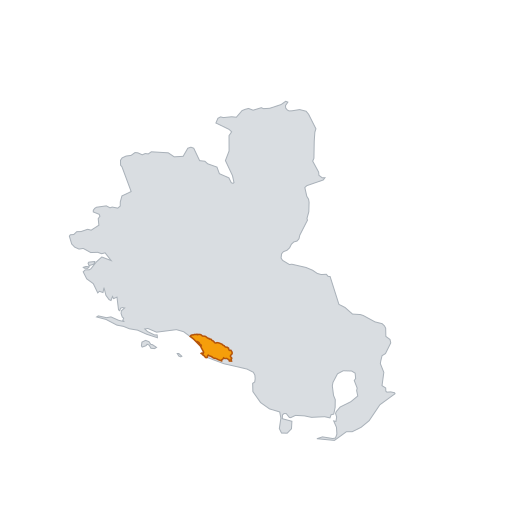 Venezuela, with Miranda highlighted, rotated 202°
{"feature_id": "VEN-47", "entity_name": "Miranda", "entity_type": "State", "adm_level": 1, "iso_a3": "VEN", "parent_name": "Venezuela", "parent_adm1": "", "projection": "albers", "projection_center": [-66.423, 10.291], "detail": "fine", "context": "in_parent", "style": "filled", "palette": "amber", "viewbox_px": 512, "rotation_deg": 202, "n_neighbors": 0, "source": "natural_earth", "source_scale": "10m", "svg_char_len": 6500}
<svg xmlns="http://www.w3.org/2000/svg" viewBox="0 0 512 512"><g transform="rotate(202 256 256)"><path d="M431.4,198.1L436.5,204.5L436.1,206.1L433.0,207.7L431.3,211.4L427.4,213.1L422.1,217.7L418.5,218.2L413.2,225.7L416.3,231.5L415.6,234.4L417.0,235.9L423.4,235.9L424.0,237.5L423.3,239.9L422.1,241.5L413.6,246.4L409.4,246.0L407.7,247.5L402.1,248.6L400.6,251.5L402.1,255.3L402.8,261.5L395.9,269.0L413.7,288.5L415.6,289.5L417.5,294.0L416.9,296.8L413.9,300.0L409.5,302.5L406.9,306.6L404.2,307.4L399.4,307.2L397.1,309.5L394.1,310.3L392.1,313.4L376.0,318.8L369.0,317.3L360.9,321.1L359.6,330.4L357.1,332.5L354.1,332.6L344.0,323.3L338.9,324.7L335.4,323.4L325.5,323.8L320.8,318.6L310.4,318.3L306.4,314.7L304.6,314.7L303.9,315.8L307.9,321.7L320.1,333.0L320.3,343.3L326.1,357.5L325.1,362.0L328.4,363.3L343.0,364.3L342.9,369.4L341.0,371.7L338.1,372.1L330.7,376.0L326.2,377.3L323.4,385.6L320.9,388.0L318.2,390.0L313.3,390.1L306.6,395.5L304.3,395.4L298.6,398.1L289.5,405.8L286.4,410.6L284.1,410.6L285.0,406.5L283.9,404.3L281.7,403.1L279.7,402.9L277.2,404.0L270.4,408.1L263.8,409.0L260.3,407.1L248.1,396.4L247.8,392.8L245.0,384.2L238.9,368.3L239.0,365.2L229.3,357.2L227.9,354.4L223.9,353.3L221.4,354.4L222.1,351.7L235.2,340.3L236.4,337.8L231.3,330.4L228.5,328.3L226.9,325.7L223.6,316.8L222.8,309.9L221.7,308.5L223.2,291.7L222.6,288.0L223.6,285.2L226.2,283.2L227.6,280.2L227.9,276.2L229.4,272.9L232.2,270.3L233.1,267.7L232.0,263.5L229.7,261.9L221.8,260.6L219.7,261.8L205.3,264.1L198.2,264.0L192.8,262.8L188.7,263.2L183.9,265.4L181.5,264.1L179.6,264.7L161.0,242.2L154.1,241.6L144.8,238.3L137.3,240.8L134.2,241.0L121.0,239.5L113.7,240.5L110.7,239.3L108.7,237.6L105.5,230.1L100.5,228.8L98.5,225.9L99.4,214.0L101.8,210.8L101.0,205.4L100.4,202.8L93.9,196.0L90.6,183.0L86.3,182.2L85.0,179.3L83.7,178.8L80.1,180.5L76.3,181.1L75.5,180.4L85.4,164.5L89.4,145.7L94.4,136.5L101.0,129.1L106.3,127.0L114.2,114.4L131.1,109.4L126.6,113.2L116.5,115.5L114.1,117.0L114.3,121.2L117.2,127.3L122.2,132.2L119.9,132.6L120.9,136.9L123.3,139.9L123.3,141.8L121.4,147.5L113.5,156.4L109.2,164.3L112.3,169.0L112.7,171.4L118.3,177.4L117.7,179.7L120.2,184.5L124.2,185.2L132.1,182.3L136.3,177.3L137.3,167.7L136.6,164.2L131.9,155.8L128.7,152.5L125.9,145.2L124.7,138.5L126.9,137.0L126.8,133.6L132.2,132.7L144.1,127.2L151.3,125.9L159.7,123.0L163.3,119.1L164.6,118.8L168.9,121.2L171.0,120.4L171.9,118.6L170.7,115.0L160.8,116.2L158.4,109.1L160.7,103.4L166.0,101.4L169.7,104.7L172.2,115.0L175.6,120.3L186.2,119.3L196.8,121.8L208.1,129.1L211.4,136.7L210.0,138.7L210.8,141.9L212.4,145.1L214.9,147.2L222.0,147.8L245.4,144.1L265.1,143.6L268.8,145.1L269.3,147.9L275.6,153.7L294.8,158.7L302.2,157.9L319.7,148.1L329.1,148.3L331.8,146.7L328.3,145.3L320.5,144.8L318.1,145.8L316.8,143.3L328.0,142.5L338.0,142.9L346.1,141.1L352.6,141.1L359.1,139.8L371.3,141.0L380.9,139.8L379.8,141.4L371.5,142.8L367.7,145.2L359.3,144.9L353.5,145.8L355.4,146.4L355.4,148.8L357.1,149.3L359.6,152.2L360.3,154.7L358.3,158.6L360.6,158.1L362.0,156.9L361.9,154.2L363.3,154.6L369.5,165.8L372.1,163.1L373.9,164.7L373.8,160.4L375.9,160.5L380.4,163.3L385.1,169.7L384.2,164.8L388.0,164.6L388.9,162.5L396.5,169.4L404.4,171.4L410.3,176.6L409.1,179.2L405.6,180.6L404.3,182.2L401.8,190.7L398.6,197.3L388.6,197.5L397.1,202.4L400.0,200.3L404.2,200.1L410.5,197.3L419.0,198.3L422.7,196.1L427.4,196.3L431.4,198.1ZM328.6,129.8L329.5,133.4L326.8,136.4L323.2,136.5L320.4,134.6L318.8,135.0L314.0,134.0L315.4,132.1L318.9,131.1L321.6,133.3L323.9,133.4L324.4,131.6L327.4,128.9L328.6,129.8ZM408.7,187.7L403.4,190.5L403.2,187.8L407.2,184.5L409.0,186.4L408.7,187.7ZM292.5,136.1L291.1,136.7L287.2,135.3L288.0,134.3L290.1,134.3L292.5,136.1ZM409.7,182.6L406.5,183.5L407.4,181.5L410.7,180.4L411.9,180.8L409.7,182.6Z" fill="#d9dde1" stroke="#a8b0b8" stroke-width="1"/><path d="M263.3,143.6L263.8,143.2L264.3,143.0L265.0,143.1L266.6,144.0L268.4,144.4L268.9,144.9L270.1,145.0L270.4,145.1L270.2,145.5L269.6,145.8L268.9,146.0L268.4,146.0L268.5,146.3L268.4,146.9L268.5,147.2L269.3,148.0L271.3,149.6L271.6,149.9L272.4,150.4L272.9,151.1L274.8,152.3L274.4,152.3L274.1,152.2L273.7,152.1L273.5,151.9L273.3,152.1L273.1,152.3L273.7,153.0L274.4,152.8L275.1,153.3L276.2,154.3L276.9,154.5L277.6,154.6L279.2,154.7L278.4,154.2L275.7,153.0L275.2,152.3L282.8,155.6L286.0,156.6L286.9,156.7L286.9,156.8L286.6,158.0L286.3,158.4L286.2,158.5L285.9,158.6L285.6,158.9L285.3,159.1L284.7,159.3L284.4,159.5L283.7,160.2L283.5,160.3L283.3,160.4L282.9,160.5L282.2,160.7L282.0,160.9L281.7,161.0L281.4,161.4L281.2,161.4L281.0,161.2L280.7,161.1L279.7,161.9L278.4,162.3L277.9,162.3L277.2,162.3L277.0,162.2L276.9,162.2L276.6,162.0L276.3,161.9L275.7,161.8L275.4,161.8L275.1,161.8L274.9,161.9L274.7,162.0L274.0,162.3L272.8,162.5L272.5,162.5L270.5,161.9L270.0,161.8L269.8,161.8L269.6,161.8L268.9,162.0L268.7,162.0L268.5,161.9L268.4,161.7L268.2,161.5L267.8,161.6L267.0,161.9L266.8,162.0L266.6,162.0L266.1,161.8L265.5,161.4L265.2,161.2L264.6,161.2L264.0,161.2L263.8,161.2L263.6,161.1L262.8,160.7L262.7,160.7L262.3,160.4L261.8,160.2L261.5,160.1L261.2,160.1L260.6,160.3L260.4,160.4L260.3,160.5L260.0,160.9L259.7,161.1L258.8,161.3L257.7,161.5L255.4,161.5L254.0,161.4L253.5,161.1L253.2,160.9L252.8,160.9L252.6,160.9L251.8,160.9L251.6,160.8L251.5,160.7L251.4,160.6L251.1,160.4L250.7,160.3L249.9,160.2L249.5,160.3L248.7,160.6L248.3,160.6L248.2,160.5L247.5,160.3L247.1,160.4L246.9,160.1L246.8,159.9L246.5,159.7L246.3,159.3L246.2,159.2L245.7,158.7L245.3,158.6L245.1,158.6L244.9,158.6L244.6,158.9L244.4,159.0L244.0,159.2L242.8,158.4L242.2,157.9L242.0,157.6L241.6,156.7L241.6,156.4L241.6,156.2L241.7,155.8L241.9,155.5L242.0,155.3L242.3,153.8L242.3,153.6L242.2,153.5L242.1,153.3L241.7,153.0L241.5,152.9L240.7,152.6L240.4,152.4L240.2,152.2L240.1,151.8L240.1,151.6L240.2,151.3L240.4,151.1L240.5,151.0L240.4,151.0L240.3,150.8L240.1,150.6L239.3,149.4L241.1,148.7L241.1,149.0L241.3,149.1L241.9,149.3L243.2,149.8L243.8,150.0L244.3,150.0L244.7,150.0L244.9,150.0L245.6,149.7L246.1,149.4L246.3,149.3L246.6,149.3L247.1,149.2L247.9,149.4L248.1,148.1L248.3,147.6L248.6,147.3L248.9,147.0L249.0,146.8L249.0,146.7L248.8,146.4L248.5,145.9L248.8,145.7L249.0,145.8L249.3,145.9L250.5,145.8L252.5,145.7L252.7,145.8L252.9,145.9L255.5,145.9L255.9,145.8L256.1,145.6L256.3,145.5L257.7,145.6L257.8,145.6L258.0,145.6L258.3,145.7L258.4,145.8L258.5,145.8L259.2,146.1L259.3,146.1L259.6,145.9L259.9,146.1L260.0,146.1L261.9,146.0L262.3,145.9L263.0,146.3L263.3,146.1L263.4,145.9L263.5,144.7L263.4,144.5L263.4,144.4L263.4,143.8L263.3,143.6Z" fill="#f59e0b" stroke="#b45309" stroke-width="1.5"/></g></svg>